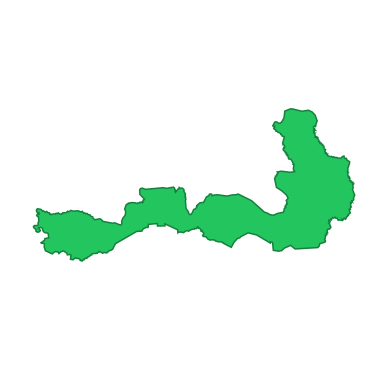 Tatale Sanguli, Northern, Ghana, rotated 83°
{"feature_id": "2480657B76540044095481", "entity_name": "Tatale Sanguli", "entity_type": "district", "adm_level": 2, "iso_a3": "GHA", "parent_name": "Ghana", "parent_adm1": "Northern", "projection": "robinson", "projection_center": [0.423, 9.141], "detail": "fine", "context": "isolated", "style": "filled", "palette": "green", "viewbox_px": 384, "rotation_deg": 83, "n_neighbors": 0, "source": "geoboundaries", "source_scale": "gbopen_adm2", "svg_char_len": 5971}
<svg xmlns="http://www.w3.org/2000/svg" viewBox="0 0 384 384"><g transform="rotate(83 192 192)"><path d="M130.7,60.4L127.2,63.0L125.0,66.6L125.3,72.9L121.8,82.1L121.5,84.3L123.0,90.0L129.5,91.6L133.3,94.3L134.3,95.9L134.5,97.5L132.8,99.3L132.5,100.6L133.0,101.6L136.1,103.7L137.0,103.3L136.8,102.2L137.4,102.7L137.9,102.1L139.1,103.1L141.1,101.0L141.7,101.3L142.1,100.1L143.5,99.2L143.8,97.9L145.1,96.7L145.7,96.9L146.9,95.4L147.5,95.6L148.6,93.6L154.5,96.1L155.6,95.4L156.1,95.9L156.2,95.2L158.2,94.4L158.9,95.4L159.6,94.8L160.3,96.3L161.9,96.1L163.5,94.5L164.2,94.7L164.6,93.7L165.6,93.9L165.5,93.4L166.2,93.5L166.6,92.8L167.3,93.2L167.4,92.5L170.7,92.1L171.2,91.7L171.4,89.9L175.5,88.1L176.8,88.4L177.0,87.5L181.9,88.7L184.3,87.7L184.4,92.2L182.2,101.0L182.5,104.9L183.3,104.2L185.0,105.8L185.5,105.5L186.5,106.5L186.4,107.3L187.7,107.5L188.7,108.4L197.7,107.6L201.8,102.7L206.7,98.5L210.0,97.4L211.8,99.5L214.3,99.0L215.1,99.6L215.6,99.1L215.8,100.0L216.6,100.2L217.1,101.1L218.0,101.5L218.9,100.9L219.6,102.4L222.2,103.1L223.3,104.1L223.6,109.2L225.0,114.1L223.8,117.8L222.7,118.8L220.7,122.7L207.9,133.9L199.6,146.5L200.1,148.3L199.8,152.3L200.3,157.7L197.9,166.8L197.7,170.1L198.2,172.5L196.6,172.7L196.1,174.2L196.3,175.0L197.6,175.6L198.6,178.2L203.7,181.8L203.7,185.4L205.0,187.6L206.1,188.2L206.0,189.0L207.9,189.4L209.1,190.6L209.5,192.5L212.3,194.0L214.3,195.9L214.2,196.6L212.9,198.0L211.4,197.9L207.6,199.9L199.9,199.6L198.3,198.9L196.4,199.4L196.1,198.9L194.6,199.3L193.3,198.7L190.6,199.9L188.7,199.7L187.1,200.9L186.7,203.3L185.9,204.1L187.2,204.5L187.2,205.3L189.6,207.8L188.4,208.2L189.3,208.6L185.7,209.0L184.9,209.9L185.3,216.8L184.2,219.9L183.7,237.9L182.1,240.8L182.3,242.7L183.5,243.7L188.1,244.0L193.3,240.0L193.8,240.2L193.9,241.2L195.0,242.0L195.8,241.8L195.6,242.4L196.3,242.6L195.9,243.0L196.3,244.4L195.7,244.8L196.5,246.2L196.2,247.3L196.7,248.2L195.7,249.9L195.1,253.8L195.7,255.3L195.2,255.6L195.5,256.9L196.1,257.1L196.4,258.7L200.6,260.9L203.6,260.2L207.0,261.2L209.6,263.9L212.5,265.4L215.0,265.5L216.2,266.9L213.2,272.4L213.3,274.7L210.3,284.0L208.1,285.5L207.3,287.1L207.7,291.9L205.5,293.6L204.5,293.6L203.6,295.5L202.2,296.1L201.9,297.6L200.5,298.8L200.6,299.9L199.6,301.2L199.8,302.1L197.8,303.3L198.2,304.7L197.6,306.3L196.9,306.7L196.4,312.6L195.5,314.5L196.6,316.5L196.5,317.4L195.9,317.7L197.2,319.4L196.8,322.6L197.7,323.1L197.4,323.6L198.1,324.2L197.5,326.3L196.4,327.2L197.1,328.7L196.5,329.4L197.2,330.6L196.8,331.7L197.3,334.7L196.6,334.9L196.6,335.9L195.2,336.1L195.3,337.1L193.6,338.5L194.3,339.8L192.6,341.8L192.9,342.4L190.8,344.1L189.8,347.5L190.8,348.6L192.6,348.6L193.4,348.1L193.7,346.6L195.4,346.4L195.6,347.0L194.6,347.6L196.1,349.0L197.3,348.6L198.1,347.4L202.1,347.6L204.3,348.7L205.3,348.5L206.4,349.2L206.1,352.6L207.0,353.6L208.3,353.3L210.4,351.4L211.9,351.7L212.6,351.1L213.2,349.5L212.4,347.7L211.5,347.1L209.2,348.8L208.6,348.1L208.8,346.3L209.7,345.0L212.7,344.5L213.9,343.7L214.7,342.5L214.8,341.0L215.8,339.8L220.0,339.9L220.3,343.7L221.9,344.2L224.0,348.1L224.7,347.5L224.8,345.5L225.4,344.8L228.4,345.4L232.5,344.6L236.4,338.2L234.5,335.4L235.1,332.3L236.9,331.6L235.2,329.1L234.8,326.6L237.7,323.5L239.2,323.4L239.2,320.8L239.8,319.8L244.0,320.8L244.8,318.3L243.1,315.9L244.0,314.2L244.3,312.3L246.0,310.6L246.4,311.1L247.1,309.4L246.5,309.0L246.2,307.5L245.1,307.1L245.0,304.4L244.2,304.2L243.4,301.6L242.3,300.6L242.3,299.2L241.1,298.7L241.3,293.6L239.8,291.9L240.3,291.4L240.0,290.6L241.9,288.2L241.3,286.6L242.1,284.0L240.0,280.9L240.1,279.8L239.2,277.8L234.0,274.3L224.4,251.7L224.7,246.5L222.6,244.9L221.6,242.0L221.8,239.9L218.8,239.2L219.1,230.5L221.6,230.4L222.3,222.9L220.3,222.8L227.8,210.8L230.8,211.0L230.2,210.0L230.5,207.4L231.3,205.4L229.7,202.4L230.5,200.0L229.9,199.4L229.0,196.2L229.1,194.1L228.5,193.8L228.9,192.2L227.2,190.6L228.1,189.7L228.8,190.0L229.2,188.7L230.7,187.7L231.5,187.9L231.5,187.3L231.9,187.7L232.8,186.3L234.7,185.3L235.5,186.1L236.6,186.0L236.6,186.6L237.5,186.3L238.2,183.4L240.9,181.8L242.0,179.7L241.8,178.0L242.7,175.1L243.5,174.7L244.9,171.1L244.9,168.7L246.1,168.0L246.2,166.9L247.0,166.7L251.7,159.7L247.2,156.6L243.7,152.6L243.2,150.0L242.3,149.1L239.4,141.3L242.5,133.1L252.2,120.5L251.0,120.2L251.9,118.2L259.8,118.4L261.3,113.2L261.1,110.0L259.0,107.3L257.0,100.6L261.1,96.6L262.5,73.8L260.9,72.1L258.9,71.6L258.1,66.3L257.3,65.6L256.6,65.5L255.5,66.4L254.7,65.6L251.4,64.9L251.7,64.5L250.5,63.2L249.4,63.7L248.8,63.3L249.0,62.4L247.0,62.7L245.9,62.1L245.4,61.4L245.6,60.0L244.0,58.5L243.0,58.5L241.9,59.4L240.9,59.1L239.7,60.1L239.4,59.2L238.5,59.4L238.6,58.8L237.8,58.4L237.2,59.7L236.5,59.5L236.7,58.9L235.8,57.2L236.4,56.9L234.6,55.8L235.2,54.5L234.4,53.1L235.4,52.6L235.6,51.3L237.9,50.3L237.7,49.0L238.6,46.1L238.1,45.5L237.3,45.8L237.6,45.3L236.6,44.0L237.7,43.2L237.5,42.6L235.3,41.5L235.2,40.6L233.8,40.0L234.0,39.5L233.3,39.4L232.0,37.4L229.1,38.1L228.6,37.1L228.1,37.7L227.0,36.4L226.3,36.4L226.2,35.8L223.6,36.3L222.8,35.3L221.9,35.9L221.1,34.5L221.5,34.0L220.0,34.3L220.0,33.1L219.3,32.4L217.3,32.3L215.0,30.9L208.8,32.4L207.9,31.6L203.9,31.5L203.9,30.7L203.1,30.4L202.4,31.9L201.7,31.5L201.5,32.8L200.3,32.8L200.0,34.2L197.7,33.6L197.1,34.6L196.6,34.0L196.0,34.9L195.6,34.4L194.9,35.1L192.8,35.3L191.5,34.3L190.7,35.3L189.3,34.5L187.7,34.6L182.9,32.2L181.1,31.9L179.3,34.2L177.4,34.7L177.5,35.8L176.2,36.7L174.8,36.8L175.2,38.6L176.6,39.8L176.1,43.2L175.4,43.9L175.0,46.7L174.3,47.0L174.5,48.2L173.7,49.1L173.8,50.2L172.4,53.1L171.3,53.4L170.9,52.8L170.0,54.7L169.5,54.0L168.2,55.3L166.2,54.3L165.5,55.6L162.6,55.5L162.3,56.3L160.8,56.5L160.9,57.1L159.4,57.8L159.8,58.2L159.5,59.1L157.9,58.9L157.3,60.1L156.8,59.7L154.6,60.4L153.7,61.4L153.3,60.8L152.7,62.6L152.3,61.7L151.6,62.9L149.0,63.2L148.5,62.6L148.1,64.0L147.2,64.0L146.7,63.2L145.4,63.6L145.8,62.1L144.8,62.8L144.1,62.6L144.3,63.3L142.4,63.5L141.5,62.5L142.0,61.6L141.5,61.0L140.6,61.1L136.7,59.1L130.7,60.4Z" fill="#22c55e" stroke="#15803d" stroke-width="1.5"/></g></svg>